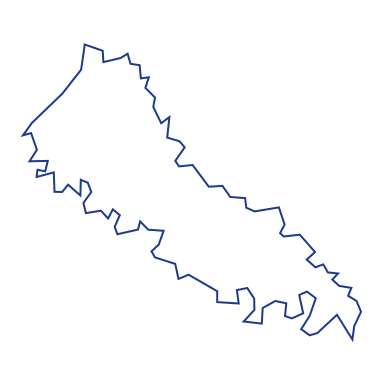 King William, Virginia, United States of America (Mercator projection)
{"feature_id": "52423323B734450842646", "entity_name": "King William", "entity_type": "district", "adm_level": 2, "iso_a3": "USA", "parent_name": "United States of America", "parent_adm1": "Virginia", "projection": "mercator", "projection_center": [-77.062, 37.714], "detail": "fine", "context": "isolated", "style": "outline", "palette": "blue", "viewbox_px": 384, "rotation_deg": 0, "n_neighbors": 0, "source": "geoboundaries", "source_scale": "gbopen_adm2", "svg_char_len": 1373}
<svg xmlns="http://www.w3.org/2000/svg" viewBox="0 0 384 384"><path d="M23.0,135.3L31.1,133.1L36.9,149.8L29.5,161.3L47.8,160.9L45.2,171.3L37.5,169.8L36.6,177.0L53.8,172.4L54.5,191.8L62.1,192.0L68.1,184.7L80.4,195.5L80.8,179.8L87.8,182.7L91.3,192.0L83.4,203.0L85.9,213.1L100.9,210.7L108.1,218.5L112.8,209.4L119.8,215.1L114.7,226.9L117.4,234.2L138.0,229.6L140.1,221.4L148.3,229.7L163.6,230.8L158.8,244.5L151.5,251.4L155.0,257.4L175.2,263.9L178.5,278.9L188.6,274.7L217.2,291.2L217.2,302.1L238.7,303.5L236.9,290.1L247.3,288.0L254.2,298.7L254.4,309.9L243.7,321.5L261.8,323.6L262.7,308.0L275.3,301.0L286.3,303.3L285.0,316.0L291.8,318.4L303.2,313.3L299.2,295.0L306.9,291.6L315.8,298.2L309.7,315.8L301.2,329.2L309.7,335.3L317.3,333.1L337.0,314.8L352.4,339.5L354.2,326.2L361.0,311.8L356.5,300.9L348.1,295.8L351.4,287.9L339.2,285.9L332.3,279.6L338.0,273.5L327.8,272.4L323.3,264.4L315.4,267.3L306.7,259.6L315.0,252.0L299.8,234.7L283.7,236.5L280.1,233.2L284.6,224.6L278.9,207.4L254.6,211.4L246.3,207.7L245.1,198.1L230.3,197.0L222.4,185.9L208.8,186.7L192.6,165.0L179.1,166.4L175.3,160.9L184.7,147.3L179.4,141.2L167.2,137.6L169.4,117.1L161.2,123.2L153.3,107.0L155.0,97.5L145.4,87.9L148.8,77.3L140.9,78.4L139.6,65.2L130.5,63.8L127.6,53.7L120.6,58.0L103.4,62.1L102.7,50.8L84.7,44.5L83.8,51.5L81.1,69.7L62.3,93.7L32.0,122.8L23.0,135.3Z" fill="none" stroke="#1e3a8a" stroke-width="2"/></svg>